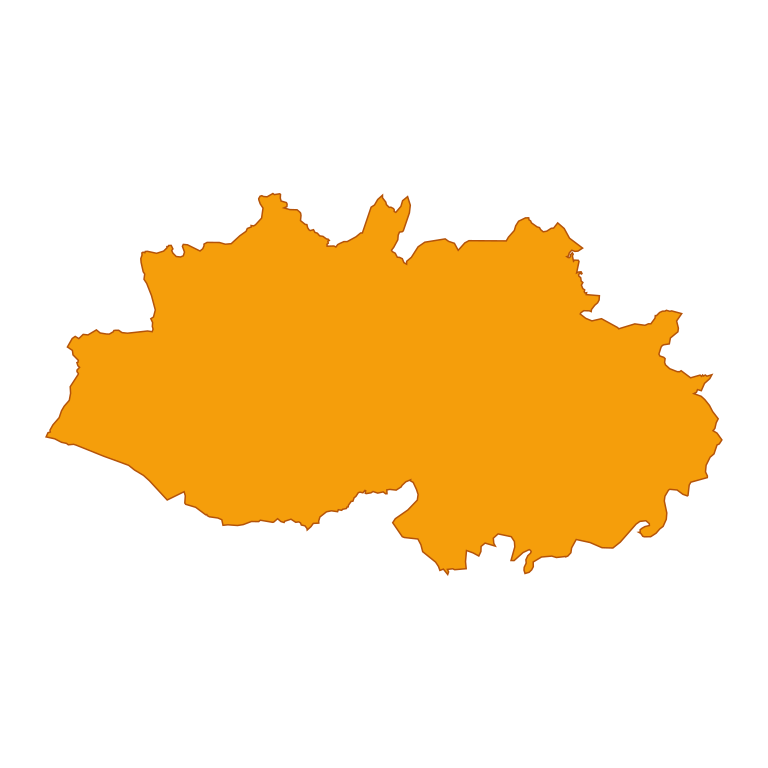 the district of Zontecomatlán de López y Fuentes, Veracruz, Mexico
{"feature_id": "50627088B36789256479766", "entity_name": "Zontecomatlán de López y Fuentes", "entity_type": "district", "adm_level": 2, "iso_a3": "MEX", "parent_name": "Mexico", "parent_adm1": "Veracruz", "projection": "mercator", "projection_center": [-98.302, 20.736], "detail": "fine", "context": "isolated", "style": "filled", "palette": "amber", "viewbox_px": 768, "rotation_deg": 0, "n_neighbors": 0, "source": "geoboundaries", "source_scale": "gbopen_adm2", "svg_char_len": 6097}
<svg xmlns="http://www.w3.org/2000/svg" viewBox="0 0 768 768"><path d="M286.9,206.6L287.1,204.1L286.4,202.6L281.1,201.0L280.3,198.1L280.5,194.4L279.7,193.8L274.3,194.6L272.9,193.5L267.1,196.8L263.5,196.5L261.8,195.7L260.1,196.2L258.7,198.6L258.8,199.8L260.2,203.8L263.0,208.1L261.6,218.1L255.5,224.8L253.6,225.9L251.1,225.5L251.3,226.9L247.3,228.5L246.1,231.3L239.9,235.7L231.2,243.7L225.3,244.2L219.4,242.5L207.1,242.4L204.0,244.1L204.0,245.9L202.7,248.8L200.0,251.0L187.5,244.8L183.3,244.4L182.4,246.3L184.5,252.1L183.3,255.8L180.5,257.0L176.2,256.5L172.9,253.1L171.7,250.6L172.9,248.9L171.2,245.4L168.7,245.5L168.3,246.4L166.9,246.6L167.0,247.8L163.6,251.1L156.6,253.3L147.4,251.3L145.2,251.5L144.9,252.7L143.0,252.2L141.9,252.9L142.0,255.2L140.8,258.6L141.1,262.4L143.2,271.8L144.7,274.0L144.0,279.3L146.7,283.4L151.5,295.6L155.3,310.0L153.5,317.0L150.8,318.7L152.6,322.5L152.3,326.5L153.1,329.1L152.2,331.7L147.5,331.0L127.5,333.2L122.0,332.6L118.7,330.3L115.4,330.3L113.9,330.5L113.2,331.8L109.3,334.1L106.4,334.0L100.2,333.0L96.4,329.9L88.0,334.9L83.2,334.4L78.8,338.6L75.2,336.4L72.2,338.5L67.4,347.0L72.4,350.4L73.0,354.9L78.3,360.3L77.9,362.3L76.9,362.6L77.9,365.8L79.6,367.3L77.0,370.1L77.0,371.7L78.3,373.4L78.2,374.4L70.2,386.7L70.6,393.2L69.3,400.3L64.2,406.2L61.5,410.8L59.2,417.6L52.9,424.9L50.0,430.1L50.3,432.0L48.0,432.7L46.1,436.9L54.7,438.8L61.5,442.3L66.5,443.4L68.3,444.8L73.6,444.3L75.8,445.0L103.7,456.2L128.6,465.3L134.5,470.0L143.5,475.4L149.4,480.7L167.2,500.0L184.1,491.7L185.3,495.8L184.8,503.0L185.7,504.3L195.7,507.3L205.7,514.8L206.8,514.5L207.2,515.6L209.4,516.8L217.9,518.0L221.8,519.7L223.0,525.3L227.9,524.8L237.5,525.5L243.2,524.6L251.4,521.5L258.7,521.6L260.3,520.2L272.6,522.3L273.7,522.1L277.6,518.7L281.0,521.6L284.1,522.5L284.8,521.2L291.0,519.2L295.7,522.3L298.8,521.9L300.5,522.9L301.3,525.0L304.9,525.8L307.0,528.5L307.2,530.0L310.9,526.7L313.3,523.4L318.8,523.1L318.7,521.0L319.9,517.0L326.5,511.8L331.4,510.8L337.6,511.7L338.3,509.7L341.7,510.3L342.6,509.3L346.4,508.5L347.0,507.1L348.2,506.9L348.5,505.1L351.2,501.4L352.9,501.2L354.1,497.8L355.9,496.4L358.3,492.7L360.0,492.1L362.9,492.8L364.9,490.4L365.7,490.7L365.3,493.3L366.3,493.6L371.0,492.8L373.0,491.5L377.7,493.1L383.2,491.9L385.7,493.8L387.0,493.7L386.8,489.9L389.8,489.4L396.2,490.1L401.3,486.8L401.9,485.5L405.8,481.8L410.6,479.8L410.4,480.8L413.2,482.4L416.5,489.5L418.1,494.5L417.3,500.1L407.8,510.0L395.3,518.7L392.7,522.7L402.3,536.7L404.4,537.5L417.9,539.0L420.9,544.7L422.7,551.7L435.6,562.1L438.5,566.5L439.9,570.4L443.4,569.1L447.7,574.5L448.6,571.9L447.4,569.4L452.7,568.8L454.7,569.7L466.2,568.7L465.5,561.6L466.5,550.5L473.1,552.9L478.8,556.0L480.9,551.5L481.1,546.4L485.1,543.1L495.3,546.1L493.8,543.4L493.3,538.2L498.1,533.9L511.3,536.7L514.4,541.5L514.8,546.9L511.0,560.5L514.1,560.6L523.1,552.5L529.2,549.6L530.5,550.4L531.2,551.7L530.5,553.2L527.8,555.7L525.9,559.8L526.2,563.1L524.2,567.3L524.0,570.2L525.0,573.5L529.1,572.3L531.7,569.8L533.3,566.7L533.2,562.0L541.5,557.0L551.8,556.1L556.4,557.5L565.4,556.5L565.7,556.9L567.9,556.0L570.9,552.7L571.6,547.9L576.2,539.5L590.0,542.5L602.0,547.7L612.9,548.0L620.3,542.1L636.1,524.1L639.9,521.4L645.9,520.7L649.3,523.6L649.4,525.5L644.9,526.6L641.9,528.3L640.1,529.8L640.2,532.1L638.8,532.3L640.8,533.4L642.8,536.3L644.3,536.8L650.7,536.7L656.1,533.2L659.8,528.9L663.1,526.4L666.3,519.3L666.8,513.0L664.3,501.0L664.9,496.3L668.5,490.1L669.8,489.3L677.1,490.0L682.9,494.3L687.3,495.9L688.0,495.4L689.2,485.1L690.8,482.2L707.3,477.6L707.4,476.0L705.5,471.9L706.1,465.3L710.1,457.2L714.0,453.9L717.0,445.0L719.3,443.9L721.9,439.9L717.0,433.1L713.0,430.7L714.9,428.4L716.2,422.8L718.2,418.8L712.6,411.5L709.5,405.5L704.9,399.7L701.2,396.3L693.8,393.6L696.5,392.2L697.5,389.6L701.3,390.7L704.5,383.4L709.8,378.6L711.9,374.7L706.9,376.2L705.3,375.0L703.5,376.0L702.6,375.0L701.6,376.4L700.1,375.1L690.6,377.8L681.1,370.7L679.7,371.7L677.3,371.7L669.7,368.7L665.5,364.9L664.6,362.4L665.1,358.6L663.7,357.3L659.9,356.0L658.9,354.1L661.0,347.3L662.1,345.7L663.6,344.8L669.3,343.9L670.4,338.0L677.9,331.8L678.4,328.2L676.6,321.0L681.7,313.6L671.7,310.9L669.8,311.3L666.4,310.3L665.0,311.1L662.4,311.2L659.6,312.5L656.4,315.7L655.3,315.6L655.0,318.2L650.9,323.8L648.4,323.8L645.0,325.3L634.8,323.9L618.7,328.8L617.7,327.6L601.5,318.7L591.9,320.9L585.7,318.3L580.2,314.0L580.8,312.8L583.7,310.7L589.3,310.8L591.2,311.6L591.5,309.5L594.7,305.3L597.6,302.8L599.1,300.0L599.4,295.7L586.2,294.6L586.6,292.7L585.2,293.0L584.2,291.8L584.7,289.9L582.8,288.6L581.4,285.1L582.9,282.5L581.2,281.1L580.7,277.7L578.8,276.0L578.6,274.3L580.2,273.2L581.5,274.0L582.0,273.5L581.1,271.8L578.1,272.1L576.6,272.9L579.0,261.5L578.3,260.3L576.4,260.2L574.6,260.1L573.5,261.2L572.4,255.8L573.2,254.2L572.3,252.8L570.4,254.8L570.4,256.5L569.5,257.6L568.2,257.6L566.8,256.6L568.2,256.2L569.3,252.9L571.8,250.2L574.9,251.4L578.0,251.1L582.6,248.1L569.5,238.2L564.2,228.5L557.7,222.9L553.6,228.1L551.2,228.3L546.7,231.2L543.2,231.8L540.6,229.6L539.5,227.6L537.1,226.9L531.5,222.9L530.6,220.9L529.0,219.8L528.7,217.8L525.4,217.9L518.6,221.2L515.7,225.8L514.3,230.5L508.4,237.2L506.3,240.9L468.9,240.7L464.8,242.9L458.2,250.3L454.4,243.3L448.7,241.4L445.2,238.9L424.8,242.2L418.1,246.8L411.4,257.3L406.7,261.3L406.6,264.2L403.9,262.6L402.3,258.7L399.6,257.4L397.3,257.2L395.2,253.2L392.3,251.6L391.5,250.2L393.7,247.4L397.8,239.8L398.2,235.1L399.5,232.1L402.3,231.7L403.3,230.8L409.4,212.9L410.3,205.2L407.6,196.6L402.6,200.7L400.9,206.4L395.8,212.4L394.2,211.5L394.2,209.7L393.5,208.6L390.9,207.2L389.2,207.4L386.4,204.6L385.8,202.1L382.5,197.8L382.5,195.2L377.7,199.5L374.5,205.0L371.1,207.2L362.4,232.9L360.6,233.0L356.0,236.8L347.2,241.6L343.9,241.6L339.7,243.5L337.7,244.6L335.9,247.0L333.9,246.0L327.1,246.2L327.0,244.2L328.3,243.2L327.8,241.2L329.3,240.5L328.2,239.2L326.4,238.9L323.0,236.4L319.6,235.8L317.4,233.2L314.9,232.4L313.5,229.7L310.2,230.6L309.0,229.8L307.6,227.6L306.9,224.6L305.2,224.4L300.5,220.6L301.0,215.5L300.6,213.1L299.6,211.9L297.1,209.8L289.8,209.6L283.9,207.9L286.9,206.6Z" fill="#f59e0b" stroke="#b45309" stroke-width="1.5"/></svg>